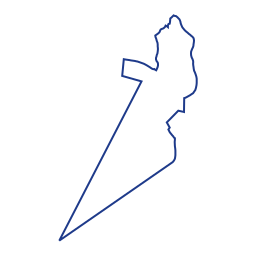 Kisumu Central, Nyanza, Kenya (Equal Earth projection)
{"feature_id": "3690345B55069358333072", "entity_name": "Kisumu Central", "entity_type": "district", "adm_level": 2, "iso_a3": "KEN", "parent_name": "Kenya", "parent_adm1": "Nyanza", "projection": "equal_earth", "projection_center": [34.761, -0.118], "detail": "fine", "context": "isolated", "style": "outline", "palette": "blue", "viewbox_px": 256, "rotation_deg": 0, "n_neighbors": 0, "source": "geoboundaries", "source_scale": "gbopen_adm2", "svg_char_len": 1854}
<svg xmlns="http://www.w3.org/2000/svg" viewBox="0 0 256 256"><path d="M59.3,240.6L172.7,162.1L174.0,160.5L174.9,158.7L175.2,156.9L175.4,155.2L175.4,152.5L175.4,150.4L175.2,148.3L174.9,146.2L174.8,144.1L174.7,141.9L174.9,139.8L174.9,138.2L174.0,137.6L173.2,136.3L172.4,135.5L169.8,132.3L168.4,129.5L169.7,127.6L166.8,122.4L178.3,110.7L184.0,112.0L184.2,98.1L185.3,97.8L186.7,97.1L188.3,96.2L190.1,95.2L191.5,94.2L193.1,93.2L194.1,91.7L195.3,90.0L196.0,87.7L196.5,85.1L196.7,83.0L196.7,80.8L196.7,78.8L196.4,76.9L196.0,75.5L195.5,74.0L194.9,72.4L194.1,70.7L193.7,68.6L193.5,66.9L193.3,65.7L193.1,63.9L193.2,62.1L193.1,60.8L192.5,59.1L191.7,57.5L191.1,55.3L191.0,53.5L191.1,51.7L191.6,50.3L192.2,48.8L192.9,47.4L193.4,45.9L193.5,44.6L193.7,43.2L193.9,41.9L194.0,40.3L193.6,38.2L192.4,36.7L191.3,35.9L190.3,34.9L188.9,33.9L187.5,32.6L186.2,31.6L184.9,30.4L184.2,29.6L183.4,28.6L182.4,27.4L181.8,26.1L181.2,24.7L180.7,23.3L180.4,21.7L179.9,20.3L179.4,19.3L178.4,18.3L177.4,17.2L176.0,16.1L174.6,15.9L173.6,15.4L171.7,17.3L170.3,18.5L170.2,19.8L170.0,22.0L169.7,23.7L168.5,24.0L167.9,25.4L167.9,27.1L166.8,26.2L165.6,25.6L165.1,26.8L164.0,27.9L162.7,28.7L161.8,28.9L160.7,29.5L160.1,30.6L159.7,31.8L159.0,32.7L158.1,33.5L156.6,34.6L155.3,35.5L155.5,37.0L156.0,38.2L156.4,39.4L156.7,40.7L157.5,42.8L157.7,44.5L157.7,46.4L157.9,48.2L157.9,49.8L157.7,51.6L157.4,53.6L156.8,54.9L156.5,56.4L156.0,57.9L156.0,59.4L156.6,61.1L157.7,62.5L158.0,63.9L158.0,65.5L157.6,67.1L156.9,68.8L156.2,70.3L155.2,69.8L154.3,69.0L153.4,69.2L152.2,68.8L150.5,67.7L149.7,67.1L148.5,66.4L147.4,65.7L146.0,64.9L144.9,64.3L143.7,63.7L142.3,63.2L140.9,62.7L139.8,62.3L138.6,61.9L137.4,61.5L136.2,61.3L135.1,61.0L133.8,60.8L132.4,60.6L130.9,60.4L129.5,60.1L128.1,59.9L126.7,59.7L125.4,59.5L123.8,59.2L122.2,75.9L141.5,81.4L59.3,240.6Z" fill="none" stroke="#1e3a8a" stroke-width="2"/></svg>